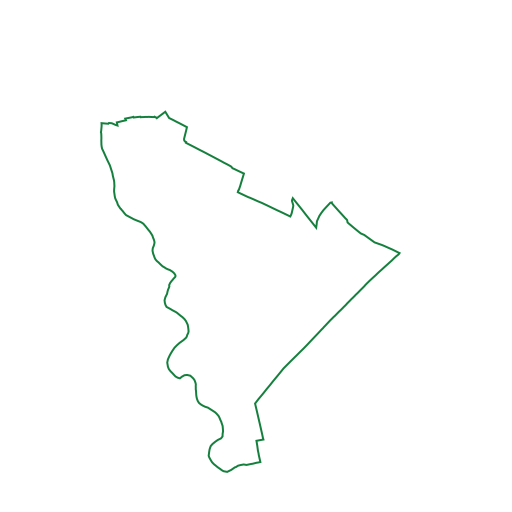 outline of Odoreu, Satu Mare, Romania, rotated 64°
{"feature_id": "2599482B64925111842123", "entity_name": "Odoreu", "entity_type": "district", "adm_level": 2, "iso_a3": "ROU", "parent_name": "Romania", "parent_adm1": "Satu Mare", "projection": "robinson", "projection_center": [22.987, 47.81], "detail": "fine", "context": "isolated", "style": "outline", "palette": "green", "viewbox_px": 512, "rotation_deg": 64, "n_neighbors": 0, "source": "geoboundaries", "source_scale": "gbopen_adm2", "svg_char_len": 5792}
<svg xmlns="http://www.w3.org/2000/svg" viewBox="0 0 512 512"><g transform="rotate(64 256 256)"><path d="M439.6,356.2L440.0,354.7L440.6,352.2L441.3,349.9L442.1,346.0L442.5,344.8L443.1,342.4L435.9,340.7L434.7,340.3L431.8,339.6L427.3,338.1L422.3,336.6L424.2,329.8L422.5,329.5L418.9,328.6L407.8,326.0L397.0,323.5L388.2,321.5L385.7,316.5L382.7,309.8L380.4,305.0L378.2,300.1L375.9,295.3L373.7,290.4L371.5,285.6L369.1,280.5L367.5,275.9L365.8,271.0L363.6,264.5L363.4,263.8L361.6,258.6L359.9,253.5L358.2,248.8L356.5,244.3L354.7,239.5L352.8,234.4L350.7,228.9L350.3,227.6L349.5,225.8L349.0,224.3L348.4,222.8L347.5,220.4L346.7,218.3L346.2,217.0L345.8,215.7L345.3,214.3L344.8,212.9L344.4,211.4L343.9,210.0L343.0,207.5L342.5,206.1L342.1,204.8L341.6,203.2L340.8,200.9L340.2,199.3L339.8,198.0L339.3,196.6L339.0,195.7L338.8,195.5L338.4,194.4L338.3,194.0L337.9,192.9L337.4,191.4L336.9,190.1L336.4,188.7L336.0,187.3L335.6,186.2L335.1,184.7L334.8,184.0L334.6,183.5L334.3,182.5L334.1,181.8L333.5,180.0L332.4,177.0L331.5,174.3L330.5,171.5L330.1,170.7L329.5,169.0L329.1,167.9L328.6,166.3L328.4,165.8L327.5,162.9L326.6,159.9L325.8,157.1L325.0,154.7L324.2,152.1L323.4,149.2L322.5,146.2L321.8,143.7L321.1,141.2L320.3,138.5L319.7,136.3L318.5,132.8L317.6,129.7L317.5,129.0L317.4,128.6L317.2,127.7L316.9,126.8L316.6,126.2L316.3,125.7L314.8,126.9L310.1,130.5L305.5,134.4L303.2,136.3L301.3,138.0L295.7,143.5L284.5,149.5L281.7,151.9L278.8,153.3L274.0,155.5L271.3,156.7L269.9,157.3L268.4,158.0L266.0,159.0L263.8,158.4L263.4,158.4L262.1,158.8L261.8,159.0L259.0,159.8L255.2,160.9L251.5,162.0L248.6,162.8L243.0,164.4L241.6,164.7L241.1,164.4L240.8,165.3L240.7,165.8L243.0,171.9L244.4,175.4L246.1,178.7L247.7,181.4L248.7,182.6L250.5,184.8L251.5,186.0L254.1,187.6L256.9,189.5L246.5,191.8L240.6,193.1L234.7,194.3L225.5,196.4L220.2,197.6L220.5,197.9L221.1,198.6L221.6,199.1L222.2,199.5L222.8,199.6L226.4,200.2L227.1,200.4L227.4,200.6L229.0,201.8L233.0,205.0L234.3,206.3L234.7,206.8L235.5,207.9L232.8,210.0L227.5,214.2L224.2,216.9L221.3,219.2L215.7,223.6L210.7,227.6L207.8,230.2L204.3,233.1L200.9,236.0L199.9,237.0L196.2,240.0L190.7,244.4L189.3,243.2L189.3,242.9L188.9,242.3L185.9,239.3L184.0,237.6L179.5,233.4L176.6,230.7L175.9,231.3L173.3,233.4L171.3,235.0L167.5,238.0L166.9,238.6L166.2,238.8L165.1,239.0L164.4,239.3L160.6,242.0L158.4,243.7L156.1,245.3L151.7,248.5L147.3,251.7L143.9,254.2L140.6,256.6L135.3,260.6L130.0,264.5L126.7,267.0L123.5,269.4L123.2,269.2L122.9,268.9L122.8,269.0L122.1,269.5L121.6,269.7L121.0,269.8L120.5,269.8L119.9,269.6L119.3,269.4L114.3,265.2L112.4,263.6L109.9,261.6L103.0,266.7L99.6,269.3L97.9,270.5L93.9,273.6L86.6,274.3L88.6,284.7L87.9,284.8L87.7,285.1L87.5,285.3L87.4,285.5L87.1,285.6L86.9,285.8L86.6,285.9L86.5,286.0L86.3,286.1L86.3,286.3L86.3,286.5L86.5,286.6L85.8,288.0L84.2,290.9L84.0,291.2L83.5,292.4L82.4,294.7L82.0,295.8L81.0,298.0L80.7,298.8L80.2,298.8L79.9,299.5L79.0,302.0L77.9,305.2L77.2,305.2L77.0,306.4L76.3,309.1L75.2,313.3L75.4,313.3L77.0,313.4L76.2,316.8L75.1,321.8L74.9,322.5L78.0,323.3L76.7,324.7L73.8,327.1L73.0,328.1L72.0,330.0L72.4,330.7L70.9,333.3L68.9,336.6L69.6,336.9L70.5,337.3L71.5,337.8L72.7,338.5L76.0,340.5L76.7,341.1L77.8,341.3L79.7,342.1L82.3,343.3L84.4,344.4L88.1,346.1L90.1,346.8L90.9,347.0L92.1,347.3L94.9,347.3L100.8,347.5L104.7,347.6L110.5,347.6L113.9,348.1L116.9,348.5L118.8,348.8L121.1,349.5L125.8,350.5L126.4,350.7L127.6,351.1L129.2,351.8L131.1,352.6L134.3,354.5L135.9,355.3L138.4,356.1L140.2,356.7L142.2,357.2L143.7,357.3L146.8,357.3L149.4,357.7L151.6,357.4L153.1,357.2L153.9,357.1L154.7,356.7L155.5,356.6L156.9,356.2L157.6,356.0L158.8,355.8L161.2,355.2L162.4,354.8L164.4,353.3L165.3,352.7L168.3,350.5L169.2,349.9L172.7,346.8L174.4,345.2L175.4,344.4L176.7,343.6L177.9,343.0L179.6,342.6L180.6,342.3L183.8,341.6L185.7,341.2L187.6,340.7L189.3,340.5L190.9,340.3L192.6,340.2L193.5,340.4L194.7,340.5L196.3,340.6L197.7,340.8L199.2,341.2L200.4,342.0L202.1,343.5L202.8,344.3L203.6,345.2L204.4,345.8L205.9,346.7L208.3,347.3L209.5,347.5L211.0,347.6L212.4,347.8L213.9,347.9L215.2,347.8L216.7,347.4L217.6,347.1L219.0,346.4L220.6,345.9L222.2,345.3L223.6,344.8L224.7,344.2L224.8,344.2L226.3,343.1L227.2,342.7L227.9,342.2L228.9,341.4L229.6,340.8L230.8,339.6L231.8,339.0L232.9,338.3L233.9,337.8L234.9,337.4L235.8,337.1L236.6,337.0L237.3,336.9L238.1,336.9L238.8,337.2L239.4,337.8L239.8,338.8L240.2,340.0L240.9,341.4L241.6,343.1L242.6,345.0L244.1,346.8L245.5,347.3L246.8,348.7L247.7,349.8L249.4,351.3L251.0,352.5L253.3,355.5L255.7,357.6L258.0,358.4L260.3,358.8L262.6,358.7L264.5,357.3L266.2,356.1L267.8,355.1L269.6,353.8L271.1,352.7L272.4,351.9L276.6,350.0L278.7,348.9L281.5,347.9L283.8,347.5L287.8,347.5L289.9,348.1L292.0,348.8L294.3,349.7L295.6,350.8L296.8,352.4L298.1,353.6L298.8,354.7L299.8,358.1L300.6,362.8L301.6,366.3L302.7,369.4L304.4,372.4L305.9,374.8L307.5,377.1L310.3,380.5L312.9,382.5L316.9,383.7L319.4,383.9L321.0,383.6L322.3,383.3L324.3,382.6L325.6,382.2L328.9,381.2L331.0,379.8L332.6,378.0L332.0,375.6L331.8,372.6L332.7,370.1L334.8,367.5L338.4,366.1L340.4,365.7L342.0,365.8L343.6,366.0L345.1,366.4L346.5,367.2L348.1,367.9L349.2,368.5L350.8,369.0L352.5,369.7L354.9,370.7L356.8,371.3L358.6,371.7L360.9,371.9L363.2,371.6L365.3,370.6L366.9,369.6L369.2,367.8L371.2,365.7L374.0,364.0L376.3,362.6L378.5,361.3L380.3,360.6L383.2,359.8L385.0,359.7L387.9,359.9L389.8,359.9L390.9,360.1L394.1,360.5L396.5,361.4L399.2,362.5L401.1,363.9L403.5,365.2L404.6,367.4L404.6,371.0L405.1,374.1L405.9,377.5L406.9,379.9L408.2,381.3L409.6,382.6L411.6,384.0L414.8,386.1L416.5,386.3L418.7,386.2L420.2,386.1L422.1,385.9L423.1,385.6L424.9,385.0L426.7,384.1L428.1,383.5L429.7,382.7L431.4,381.7L433.6,380.6L435.2,379.5L436.4,377.9L437.4,376.5L437.4,374.4L437.4,372.0L436.7,367.7L436.9,366.6L436.6,364.0L437.2,361.2L438.0,358.4L439.6,356.2Z" fill="none" stroke="#15803d" stroke-width="2"/></g></svg>